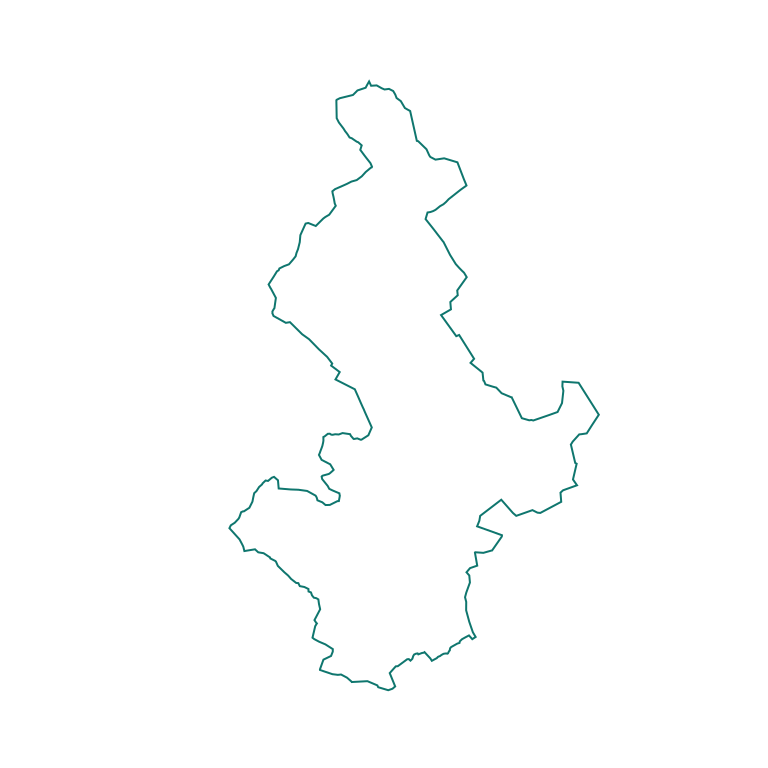 Katagum, Bauchi, Nigeria, rotated 71°
{"feature_id": "59680162B44758551949173", "entity_name": "Katagum", "entity_type": "district", "adm_level": 2, "iso_a3": "NGA", "parent_name": "Nigeria", "parent_adm1": "Bauchi", "projection": "orthographic", "projection_center": [10.335, 11.656], "detail": "fine", "context": "isolated", "style": "outline", "palette": "teal", "viewbox_px": 768, "rotation_deg": 71, "n_neighbors": 0, "source": "geoboundaries", "source_scale": "gbopen_adm2", "svg_char_len": 4896}
<svg xmlns="http://www.w3.org/2000/svg" viewBox="0 0 768 768"><g transform="rotate(71 384 384)"><path d="M616.8,377.2L612.0,376.8L608.0,374.1L599.7,367.4L592.8,365.7L588.9,367.3L586.1,362.6L586.1,355.0L573.0,352.9L572.8,352.5L576.0,345.0L576.5,336.3L576.6,336.0L566.6,322.3L565.4,321.7L548.9,342.3L544.4,338.4L540.0,336.0L531.6,310.8L547.9,304.1L551.7,301.9L551.7,298.4L551.6,284.7L555.6,280.8L556.8,278.2L553.1,254.8L544.2,252.5L542.8,249.3L542.6,234.5L535.8,236.4L522.1,227.8L520.9,228.9L502.0,227.0L501.8,226.6L499.9,224.3L495.2,215.8L495.7,213.8L496.7,208.4L490.5,200.6L483.0,190.9L446.2,199.6L439.9,214.4L444.3,216.1L448.8,216.6L460.0,221.9L467.0,229.0L467.1,238.2L467.1,254.7L466.0,256.4L465.6,258.5L461.2,264.8L438.2,267.6L438.2,267.8L431.0,275.8L427.9,277.2L424.0,279.0L421.8,282.2L417.4,288.2L413.7,288.4L413.1,288.9L405.3,287.1L392.2,295.3L390.2,291.8L389.5,290.6L362.1,297.0L362.2,298.4L362.3,300.1L361.6,300.3L337.4,307.6L335.4,297.3L335.2,296.4L332.4,295.7L328.1,294.6L327.4,293.1L324.1,285.4L319.4,284.3L309.9,271.0L304.8,272.1L302.1,273.5L298.7,275.1L294.0,277.1L288.7,278.3L283.5,279.5L269.0,281.5L268.4,281.8L253.2,286.9L241.6,291.0L236.0,287.0L236.5,284.2L236.5,281.3L236.1,278.6L235.1,275.8L234.1,273.1L233.4,269.3L232.1,266.1L230.3,262.7L225.3,248.4L223.2,241.4L222.7,241.4L216.2,241.8L198.3,242.4L190.3,253.5L190.2,253.7L188.6,262.3L184.5,266.2L183.7,266.5L182.3,266.8L175.9,267.4L165.6,272.6L164.8,273.8L134.4,270.4L129.9,274.4L122.0,276.0L117.7,279.0L114.1,279.1L110.0,279.9L106.6,283.2L105.7,287.6L103.7,289.8L99.3,293.7L97.8,299.1L93.1,299.6L96.0,302.9L97.9,304.9L97.8,313.5L100.6,319.2L100.5,320.5L99.5,331.7L99.4,332.7L99.9,336.3L100.3,336.7L117.3,342.2L122.1,341.5L129.4,339.1L132.5,338.4L133.8,337.9L136.0,337.2L139.7,336.3L141.2,334.4L141.4,334.3L146.0,330.9L147.0,329.7L151.1,327.4L154.9,330.2L160.9,328.3L164.8,327.0L170.8,324.9L174.7,324.6L175.2,325.1L175.2,326.0L177.6,332.3L180.4,337.4L182.3,343.4L182.0,348.9L182.7,353.7L183.1,358.0L183.8,366.8L185.0,370.1L187.2,370.5L190.4,370.8L193.4,371.2L194.7,371.4L197.2,371.8L199.8,371.6L206.1,380.7L207.0,385.1L207.8,387.6L211.0,394.2L212.4,397.1L207.1,403.2L206.8,405.9L216.0,414.6L222.5,417.5L228.5,421.4L231.5,424.0L234.5,426.0L236.7,429.4L239.9,434.9L240.0,440.0L240.7,445.3L242.2,446.6L242.6,448.5L246.7,453.5L252.3,460.7L256.3,460.1L256.8,459.9L267.4,458.2L276.0,462.6L276.6,462.9L277.4,464.0L279.1,465.9L280.7,466.4L280.8,466.5L283.7,466.3L294.2,456.9L294.9,452.8L310.3,445.2L317.2,440.3L330.1,434.2L339.9,428.9L347.8,426.3L349.4,428.0L358.3,422.0L363.9,428.4L379.5,413.3L387.5,412.6L393.9,412.1L399.6,411.6L401.0,411.4L402.7,411.3L404.3,411.2L406.5,411.0L421.1,409.7L427.4,415.5L429.3,423.4L429.1,424.2L426.7,427.0L426.2,430.4L425.9,430.7L422.2,432.2L420.4,432.4L417.1,438.8L416.9,439.2L417.0,443.2L415.6,446.6L415.3,449.1L414.7,450.4L413.4,451.4L412.8,453.3L414.2,457.2L414.4,458.6L417.8,459.7L419.5,460.6L422.4,462.4L423.8,463.5L426.8,466.0L428.1,467.0L429.9,468.6L432.2,468.2L435.4,467.7L441.7,461.7L442.4,461.0L448.8,459.6L449.3,460.6L450.8,464.3L451.1,465.5L450.7,471.7L451.0,472.8L451.2,473.1L453.8,473.4L462.1,470.4L465.3,469.9L467.7,467.5L470.7,464.2L472.8,461.8L474.7,462.1L475.2,462.1L480.0,464.8L479.6,466.2L480.7,474.6L479.4,478.7L475.8,480.8L472.3,484.8L469.4,484.6L467.3,485.0L460.1,491.5L456.1,499.4L453.4,506.4L448.5,517.6L440.5,515.6L439.0,516.5L436.0,518.2L436.1,520.6L437.9,525.2L436.7,527.4L438.5,531.3L439.2,531.9L440.7,535.6L443.7,539.4L445.0,542.3L448.6,544.5L452.4,546.7L457.2,551.6L458.8,558.0L458.5,558.8L458.7,560.8L463.1,564.3L464.1,565.5L466.6,570.3L467.7,574.7L467.8,574.9L470.0,577.1L483.8,571.2L489.5,570.3L492.0,570.0L496.5,570.4L498.3,559.8L502.2,557.7L504.8,552.9L510.9,548.2L511.9,548.3L515.8,544.5L516.7,544.0L521.4,543.6L529.6,539.5L533.9,537.0L535.6,536.3L538.1,535.3L543.5,531.8L544.4,529.8L545.7,529.7L547.7,529.4L550.0,525.4L551.5,523.9L553.2,522.2L555.6,522.9L557.3,520.9L560.4,520.9L563.2,519.9L564.5,517.7L566.3,516.2L570.9,517.1L576.2,517.7L584.6,526.6L587.9,525.8L588.5,525.4L590.6,527.9L600.6,534.2L602.5,533.0L606.5,529.3L611.1,524.2L618.0,518.7L620.4,519.6L623.9,522.6L624.9,531.0L633.0,537.5L633.6,537.6L641.6,527.2L644.0,522.3L644.7,519.2L649.6,514.6L655.0,511.5L655.3,511.5L659.6,496.4L666.8,488.4L668.8,488.2L674.9,479.7L674.9,475.8L674.9,475.2L673.6,471.9L659.2,472.7L654.8,464.8L655.3,462.8L651.8,451.7L652.2,450.1L654.2,449.1L653.7,447.9L653.0,446.6L650.8,445.0L649.6,443.6L649.4,441.6L649.7,439.9L650.8,439.6L650.7,435.7L651.0,433.8L650.7,433.0L658.6,429.5L661.3,428.9L660.4,423.4L659.6,421.8L659.5,421.0L659.5,419.7L658.9,417.9L658.5,415.6L658.6,414.8L659.0,412.9L659.6,412.0L659.5,411.2L657.9,409.6L657.3,408.5L656.5,408.2L655.3,407.4L654.6,406.2L653.3,399.1L653.4,396.9L652.0,396.1L650.7,393.3L650.0,389.4L649.4,385.5L654.0,383.6L653.0,379.7L647.7,380.8L636.6,380.8L624.7,380.0L616.8,377.2Z" fill="none" stroke="#0f766e" stroke-width="2"/></g></svg>